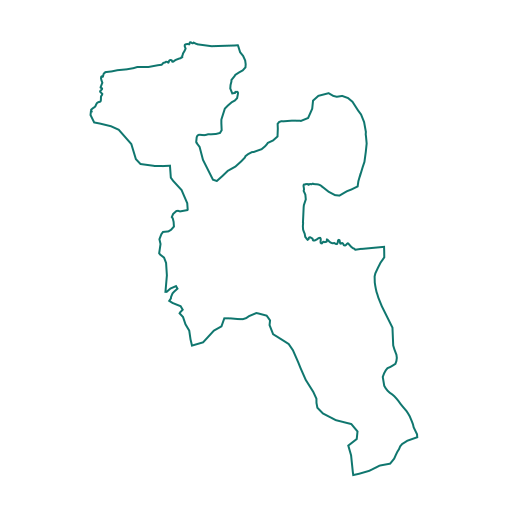 the district of Shar'ab As Salam, Ta`izz, Yemen, rotated 6°
{"feature_id": "15242507B43426345122943", "entity_name": "Shar'ab As Salam", "entity_type": "district", "adm_level": 2, "iso_a3": "YEM", "parent_name": "Yemen", "parent_adm1": "Ta`izz", "projection": "orthographic", "projection_center": [43.887, 13.783], "detail": "fine", "context": "isolated", "style": "outline", "palette": "teal", "viewbox_px": 512, "rotation_deg": 6, "n_neighbors": 0, "source": "geoboundaries", "source_scale": "gbopen_adm2", "svg_char_len": 5982}
<svg xmlns="http://www.w3.org/2000/svg" viewBox="0 0 512 512"><g transform="rotate(6 256 256)"><path d="M76.7,129.6L76.7,133.1L81.1,140.1L87.0,140.6L98.2,142.1L106.3,144.8L120.3,157.7L126.4,172.2L131.5,176.6L145.1,177.0L145.4,177.1L154.7,176.2L161.0,175.2L163.1,187.0L165.7,189.9L175.1,198.2L177.1,201.8L182.1,210.7L183.2,216.9L183.0,217.5L175.8,219.6L173.7,219.2L172.1,219.6L169.2,222.8L168.2,226.1L169.3,227.3L170.5,230.7L171.3,235.3L168.8,238.8L166.3,240.7L161.0,241.8L159.6,244.2L158.2,249.4L159.8,254.1L159.4,263.4L160.5,264.6L164.7,267.2L167.3,272.3L169.4,284.6L169.7,301.1L170.9,301.0L174.3,297.3L179.6,294.3L181.3,296.7L178.4,299.9L176.9,301.9L175.8,305.6L175.8,307.1L174.4,309.7L178.1,311.5L186.3,313.8L188.7,317.1L186.5,319.9L186.0,321.0L189.8,324.3L193.0,331.3L197.4,337.2L199.6,345.8L201.7,351.8L212.4,347.4L221.7,334.9L222.2,334.4L229.0,329.6L231.0,321.3L237.2,320.7L244.8,320.6L249.5,320.2L252.7,318.8L255.4,316.5L262.3,312.7L264.4,312.9L272.8,314.2L274.2,315.7L276.7,318.6L276.7,323.3L281.2,332.0L292.7,337.6L297.7,340.1L302.6,345.9L309.1,357.3L312.0,362.8L318.4,374.0L327.2,385.2L331.0,391.6L331.5,395.8L332.9,400.5L339.0,405.6L352.5,410.9L368.4,413.2L375.3,419.9L375.3,427.5L367.6,434.9L371.4,444.3L374.8,460.4L375.6,463.7L381.3,461.8L391.1,457.8L399.1,452.7L400.6,451.7L401.6,451.3L411.1,448.5L414.6,443.1L415.9,439.1L417.1,435.8L418.4,433.2L419.3,430.2L421.0,427.7L423.7,425.6L425.8,423.9L435.3,419.4L434.8,416.5L430.7,409.9L429.7,407.0L428.4,404.4L425.6,399.3L423.7,396.7L421.9,394.5L417.5,390.3L415.2,388.0L412.8,385.3L410.8,383.3L408.2,381.0L405.9,379.4L403.3,378.0L400.9,376.2L398.8,374.0L397.1,371.7L394.7,363.0L395.7,359.2L397.0,356.1L398.5,353.8L401.2,352.3L403.5,350.6L405.9,348.7L406.6,345.8L406.7,342.6L406.0,339.6L403.3,334.2L401.8,330.6L399.2,313.0L386.3,292.7L382.0,284.6L380.8,281.7L379.6,279.1L378.5,275.8L377.7,273.1L376.9,270.0L376.5,267.0L376.1,263.9L376.5,260.8L377.5,257.9L378.5,255.0L380.6,249.5L382.2,246.7L383.7,243.9L383.0,237.9L382.4,233.5L360.5,237.9L359.8,237.9L354.1,239.4L353.0,238.5L351.6,238.1L349.7,236.9L346.4,233.9L345.9,233.8L345.2,234.4L344.6,235.3L343.8,236.1L343.3,236.2L342.6,236.2L342.2,236.0L341.8,235.4L341.4,234.8L340.7,234.2L340.3,234.1L339.7,234.3L339.4,234.7L339.1,234.9L338.6,234.8L338.3,234.4L337.6,232.1L337.3,231.5L337.0,231.4L336.4,231.4L336.0,232.0L335.9,233.9L335.6,234.8L335.4,235.5L334.9,235.7L333.9,235.6L333.3,235.3L332.9,235.1L332.4,234.9L332.1,235.0L331.2,235.3L330.5,235.3L329.7,235.1L328.7,234.8L327.7,234.2L326.3,233.1L325.9,232.7L325.5,232.4L325.1,232.2L324.8,232.2L324.8,234.2L324.1,234.7L323.0,235.0L322.4,235.0L322.0,234.8L321.5,234.8L321.2,235.0L320.9,235.5L320.6,236.1L320.3,236.5L320.0,236.6L319.6,236.6L319.0,236.2L318.7,235.3L318.7,233.8L318.7,233.1L318.6,232.4L318.4,231.9L318.0,231.3L317.6,231.3L317.0,231.4L316.1,231.9L314.7,233.2L312.8,234.4L312.2,234.5L311.7,234.6L311.2,234.5L310.9,234.2L310.8,233.6L310.3,232.8L309.5,232.4L307.9,231.7L307.4,231.8L306.9,232.1L306.6,232.7L306.6,233.5L306.0,234.2L305.6,234.5L304.3,233.3L303.7,232.5L303.0,231.9L302.1,228.8L300.9,226.6L300.1,224.9L299.5,221.6L299.4,218.1L299.2,217.8L298.3,202.5L298.3,200.4L299.6,194.5L298.7,189.9L297.8,188.3L296.7,186.5L296.6,185.9L296.8,185.0L296.6,183.8L295.9,181.2L296.1,180.0L296.6,179.8L297.4,179.7L298.0,179.3L299.6,179.1L300.2,179.1L300.5,179.6L300.8,179.7L301.3,179.4L301.5,179.0L301.8,178.9L302.2,178.9L302.4,178.8L302.9,178.7L303.5,178.9L305.0,178.1L305.6,178.4L306.6,178.4L307.7,178.4L308.8,178.3L310.7,178.4L312.2,178.8L313.9,179.6L314.9,180.5L315.2,180.5L321.5,184.5L328.2,187.2L332.7,187.2L337.7,183.5L339.8,182.0L343.9,179.9L349.8,176.2L350.0,170.9L351.1,164.7L351.2,164.8L352.9,156.0L354.0,151.1L354.3,141.2L354.3,132.6L352.9,125.6L352.4,123.6L352.3,121.1L349.5,111.5L345.7,104.3L342.3,100.6L335.8,92.5L331.0,89.3L325.0,87.8L319.7,89.2L316.1,88.7L311.2,86.5L301.3,90.2L296.5,95.5L296.5,103.7L293.4,113.3L286.5,117.0L285.7,116.9L277.8,117.6L269.1,119.2L267.1,119.3L265.0,120.3L263.7,122.3L264.4,127.2L264.9,134.9L260.9,139.3L255.9,142.3L255.1,143.8L253.5,146.0L250.4,149.2L247.2,150.7L245.1,151.7L242.9,152.8L241.1,153.1L237.5,155.5L235.1,157.8L234.6,159.3L231.5,163.3L226.2,169.2L219.1,174.2L214.3,179.9L209.2,185.5L205.2,184.6L193.2,165.9L188.5,153.4L185.4,150.1L185.4,149.8L184.8,149.4L184.6,148.5L184.6,145.5L184.6,144.2L184.9,143.0L185.5,142.1L186.6,141.4L187.5,141.3L190.0,141.3L192.1,141.2L193.8,140.7L195.7,139.9L198.4,139.7L203.5,138.8L207.3,137.4L208.7,134.5L207.7,127.8L207.3,124.1L207.4,123.4L209.6,112.7L212.3,109.3L215.8,105.6L218.7,103.6L220.7,101.0L221.0,97.7L221.1,95.7L220.4,94.7L218.4,94.9L218.1,96.0L215.4,96.8L212.9,92.1L212.8,88.6L213.3,85.1L213.2,83.5L215.9,79.3L216.5,78.0L220.1,75.1L223.4,72.8L225.8,69.5L225.7,66.4L224.8,62.7L222.3,58.4L218.9,55.0L216.4,49.2L215.9,48.3L212.6,48.9L189.9,52.0L175.6,51.6L175.3,51.4L174.1,51.2L171.7,50.3L171.2,50.9L170.6,51.1L169.9,50.9L169.1,50.4L168.2,50.3L167.7,51.1L167.7,51.8L167.5,52.4L166.6,52.4L165.6,52.3L163.8,52.9L163.2,53.4L163.1,54.0L163.2,54.9L164.3,57.1L163.5,59.5L162.2,62.3L162.1,63.6L161.8,64.3L161.7,65.0L161.9,65.9L161.5,66.3L160.9,66.4L160.6,67.0L160.1,67.3L159.1,67.6L155.8,69.3L154.6,70.2L153.5,71.3L152.9,71.5L152.5,71.5L152.2,71.1L152.0,70.6L151.6,70.2L150.7,70.0L150.0,70.2L149.6,70.5L149.2,71.0L148.9,72.3L148.7,72.8L148.1,72.7L147.8,72.3L146.8,72.2L146.1,72.3L145.1,73.2L144.4,73.3L143.4,73.9L142.8,74.9L142.1,75.7L138.6,76.5L129.2,79.3L118.3,80.4L114.5,82.0L107.8,83.9L98.8,85.7L93.2,87.5L86.9,88.9L86.6,89.5L86.0,90.0L85.6,90.4L85.4,91.0L85.0,93.5L84.8,93.8L84.4,93.7L84.0,93.4L83.7,93.5L83.4,93.8L83.3,94.5L83.3,95.6L83.6,96.4L83.9,97.3L85.1,99.8L84.8,100.7L83.8,104.5L84.0,104.9L84.9,105.1L85.4,105.5L85.4,106.2L84.7,107.2L84.0,107.9L83.8,108.9L86.2,110.9L86.1,111.7L85.2,113.4L85.2,114.3L85.4,116.5L85.4,117.9L85.1,118.6L84.4,119.1L83.7,119.2L82.8,119.7L81.8,120.6L81.1,122.2L80.8,123.4L80.1,124.6L78.2,126.2L76.8,127.7L76.8,128.2L77.4,129.4L76.7,129.6Z" fill="none" stroke="#0f766e" stroke-width="2"/></g></svg>